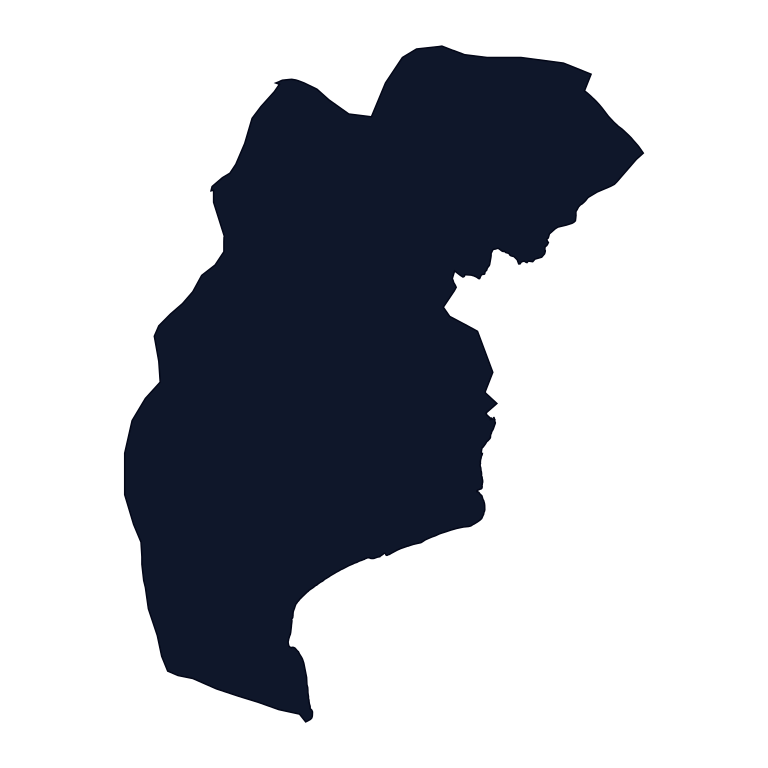 Penajam Paser Utara, Kalimantan Timur, Indonesia (Mercator projection)
{"feature_id": "22746128B96540112180119", "entity_name": "Penajam Paser Utara", "entity_type": "district", "adm_level": 2, "iso_a3": "IDN", "parent_name": "Indonesia", "parent_adm1": "Kalimantan Timur", "projection": "mercator", "projection_center": [116.659, -1.202], "detail": "fine", "context": "isolated", "style": "filled", "palette": "ink", "viewbox_px": 768, "rotation_deg": 0, "n_neighbors": 0, "source": "geoboundaries", "source_scale": "gbopen_adm2", "svg_char_len": 6066}
<svg xmlns="http://www.w3.org/2000/svg" viewBox="0 0 768 768"><path d="M544.6,253.8L545.2,251.6L545.3,250.7L545.2,250.4L544.9,249.9L544.9,247.7L545.3,246.7L546.0,246.1L546.7,245.6L547.5,244.4L548.4,242.5L547.5,241.3L546.8,239.7L547.0,239.1L548.3,237.9L549.4,233.9L555.3,228.7L557.9,227.1L566.3,225.1L572.0,223.3L573.8,222.3L575.4,220.8L575.8,217.5L575.8,216.6L576.0,216.0L575.9,212.6L576.0,211.4L577.2,209.5L578.4,207.1L579.8,205.5L580.5,204.8L582.1,203.9L583.9,202.3L585.7,200.5L586.9,198.9L588.2,197.4L597.2,192.0L610.6,186.3L614.4,184.3L617.0,181.7L636.4,159.3L640.0,156.1L643.3,153.1L638.9,146.8L637.7,145.3L633.2,140.2L631.2,137.8L628.5,135.1L622.2,129.2L618.3,126.3L613.8,122.1L608.4,116.3L602.0,107.9L599.4,104.8L596.3,101.4L594.0,99.1L592.5,97.8L591.0,96.3L587.5,93.2L584.5,90.8L591.1,74.2L563.5,63.1L521.1,57.5L487.2,57.5L464.6,54.7L453.8,50.6L453.7,50.7L441.9,46.1L438.7,46.6L416.5,49.0L402.4,57.5L385.5,82.9L371.4,116.8L348.8,114.0L329.0,99.9L317.0,89.2L304.0,82.9L298.5,80.8L295.9,80.0L291.8,79.3L289.1,79.5L282.4,80.2L280.9,80.8L279.1,81.7L275.8,83.0L279.4,84.3L274.3,91.7L261.0,106.5L252.1,118.3L244.7,143.5L235.8,164.3L229.9,173.2L222.5,177.6L212.1,186.5L211.0,190.8L213.6,190.3L213.6,202.3L224.3,236.2L224.0,237.6L223.9,241.7L223.9,251.7L215.1,265.0L201.7,275.4L192.8,291.7L182.5,303.6L170.6,313.9L158.8,325.8L154.3,336.2L158.8,361.4L160.2,382.1L145.4,398.4L132.1,420.6L124.7,453.2L124.7,494.7L133.6,524.4L141.0,542.1L141.9,556.9L141.9,564.4L143.7,580.5L145.4,587.5L148.4,608.8L157.3,635.5L161.7,656.3L167.7,671.1L178.0,675.5L192.8,678.5L216.5,688.9L238.8,696.3L258.0,702.2L278.8,709.6L299.5,714.1L305.7,721.9L308.1,720.7L310.4,719.4L311.0,718.8L311.8,717.9L312.3,716.2L312.4,715.1L312.5,711.9L311.8,710.2L311.0,709.3L310.4,709.0L310.2,708.4L310.1,706.0L309.9,705.6L309.2,703.0L309.2,702.4L309.0,701.2L309.0,700.4L308.8,699.4L308.5,698.5L308.5,696.5L308.1,694.1L307.9,692.2L307.9,690.4L307.7,687.4L307.0,684.9L306.9,683.9L306.6,677.4L303.8,663.1L302.5,659.2L301.6,657.4L299.4,653.9L298.4,651.7L297.4,650.9L295.1,648.2L294.4,647.8L293.5,647.4L292.6,647.3L291.8,647.4L291.5,647.8L289.8,647.0L289.1,646.3L288.6,645.0L288.3,643.4L288.1,641.8L288.4,640.8L288.6,639.4L289.6,636.0L290.3,634.4L290.7,632.3L291.4,626.1L291.4,625.5L291.9,621.5L291.9,620.1L291.6,619.4L291.5,619.1L291.7,618.8L292.3,618.3L292.7,617.7L293.0,615.4L293.0,614.2L293.2,611.9L293.8,610.0L294.5,608.2L295.0,606.5L295.8,604.3L297.2,602.5L297.3,601.9L297.7,601.7L298.5,600.9L300.4,598.5L300.6,598.4L301.0,598.0L301.2,597.9L302.0,597.0L307.2,592.0L308.2,591.3L309.1,590.3L313.5,587.3L315.3,585.8L316.0,585.3L316.6,585.2L318.1,583.9L320.2,582.4L321.4,581.6L321.5,581.7L322.9,580.9L323.4,580.4L325.1,579.0L325.9,578.6L329.5,576.4L330.2,575.8L335.2,572.9L335.9,572.4L338.8,570.9L341.3,569.4L342.2,569.1L343.4,568.5L348.9,565.6L353.2,563.8L354.2,563.2L357.0,562.3L358.0,561.7L359.7,560.9L361.1,560.5L361.4,560.4L362.9,559.8L363.5,559.5L364.4,559.3L365.0,558.8L367.8,557.7L368.6,557.8L369.1,557.6L369.7,557.6L369.9,558.1L370.2,558.3L371.6,558.5L373.1,558.5L374.0,558.4L377.5,557.1L379.4,556.8L380.0,556.6L380.1,556.1L380.3,556.0L381.3,555.5L382.1,554.9L383.1,554.2L383.7,553.5L384.3,553.2L384.9,553.2L385.1,553.3L385.4,553.9L386.2,555.2L386.5,555.3L387.1,555.3L388.3,554.7L389.2,554.5L390.3,553.9L390.7,553.6L397.2,550.1L400.8,548.5L406.6,546.5L406.8,546.4L406.9,546.1L407.0,546.0L407.9,546.2L409.8,545.5L413.2,544.4L417.1,543.5L420.8,542.7L421.6,542.3L425.4,539.8L428.5,538.4L431.8,537.0L435.5,535.7L439.1,534.0L441.0,533.3L445.8,531.8L450.8,530.1L456.8,528.4L463.4,527.0L468.6,526.5L470.9,525.9L473.0,524.5L474.3,523.9L475.2,523.3L477.2,522.1L479.9,520.2L481.7,518.5L483.1,515.3L483.6,514.4L483.9,512.6L484.1,512.0L484.5,511.2L484.8,509.8L484.7,505.5L484.5,503.7L483.7,500.7L483.4,500.1L483.0,499.6L481.9,495.8L479.6,493.6L479.3,493.0L478.8,492.4L477.7,491.7L476.9,491.6L476.8,491.1L476.8,490.9L477.3,490.5L478.2,490.0L479.5,489.4L481.3,488.8L481.7,488.4L482.0,487.9L482.1,487.3L482.2,486.6L481.9,486.0L482.2,484.9L482.4,483.1L482.7,482.1L482.6,480.1L482.2,478.5L482.1,477.0L481.6,476.2L481.5,475.7L481.6,474.0L481.4,471.9L481.0,470.6L480.9,469.0L480.7,467.5L480.4,466.7L480.1,465.2L480.2,464.3L480.4,463.6L480.5,463.1L480.2,461.9L480.4,461.6L480.5,460.9L480.5,460.3L480.6,459.7L481.0,458.5L481.4,456.3L482.1,454.9L482.4,453.5L482.4,453.4L482.1,453.4L481.8,453.6L481.5,453.6L481.2,453.4L481.2,452.7L481.5,450.8L481.7,449.4L482.2,447.7L482.6,447.4L483.1,447.1L483.3,446.8L485.5,443.8L486.8,441.6L487.9,440.8L490.0,438.4L490.4,437.6L490.5,436.8L490.5,435.8L490.8,434.4L491.5,432.9L491.6,432.1L491.8,431.5L492.0,431.4L492.0,430.9L492.1,430.7L492.7,430.2L493.5,428.4L494.8,424.6L495.0,424.2L495.3,423.1L495.3,422.4L494.8,421.4L494.7,420.6L494.9,420.0L494.9,419.6L494.4,419.2L494.3,418.1L493.9,417.6L493.8,416.9L493.8,417.0L493.8,417.7L494.1,418.0L494.2,418.4L494.2,418.9L493.8,419.0L493.1,419.2L492.5,419.2L492.1,418.9L492.1,418.5L491.9,418.3L490.8,419.5L490.5,419.5L490.6,419.3L491.0,418.8L490.7,418.6L491.1,418.4L491.0,418.1L490.4,418.1L490.2,418.0L486.6,414.7L486.5,414.4L486.6,414.1L485.8,413.2L496.9,403.5L485.4,392.9L485.3,391.5L492.8,372.3L479.9,337.7L477.5,331.3L467.8,326.0L449.7,316.4L443.3,307.2L453.5,292.0L454.2,291.0L456.2,287.3L455.2,285.1L453.7,282.6L453.1,280.5L452.3,278.6L454.6,270.9L460.4,275.4L462.9,277.0L463.2,276.9L463.7,276.8L464.2,276.3L464.4,276.2L465.0,274.7L471.3,275.1L472.8,275.6L473.4,275.7L476.4,277.0L477.6,277.8L478.2,278.3L479.0,278.7L479.6,278.6L480.1,277.7L480.3,276.9L481.5,274.7L484.5,274.1L484.9,273.0L485.0,271.9L485.7,271.1L486.6,270.3L487.3,268.1L487.9,267.4L488.0,267.0L488.7,266.3L489.2,265.6L489.6,264.7L490.9,257.4L491.1,255.8L491.1,253.4L492.6,250.3L492.9,249.9L493.5,249.3L495.2,249.1L497.8,248.3L498.7,248.5L499.0,248.9L499.7,249.3L501.5,250.7L502.4,251.3L503.8,251.5L504.4,251.2L505.7,252.5L508.9,253.4L509.8,255.0L511.0,255.8L514.0,256.6L517.2,259.8L518.7,263.9L520.0,263.9L521.4,261.9L524.2,261.1L526.0,262.3L527.0,262.6L528.3,261.1L532.7,261.7L535.0,259.1L541.7,257.2L544.6,253.8Z" fill="#0f172a" stroke="#020617" stroke-width="1.5"/></svg>